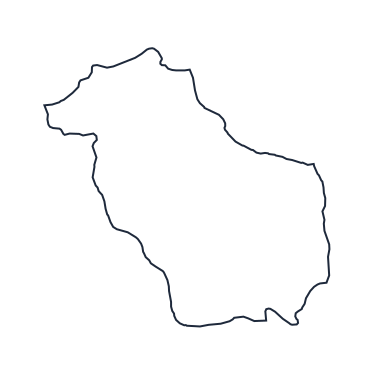 Quezaltepeque, Chiquimula, Guatemala, rotated 80°
{"feature_id": "79465075B70587573094312", "entity_name": "Quezaltepeque", "entity_type": "district", "adm_level": 2, "iso_a3": "GTM", "parent_name": "Guatemala", "parent_adm1": "Chiquimula", "projection": "albers", "projection_center": [-89.461, 14.613], "detail": "fine", "context": "isolated", "style": "outline", "palette": "slate", "viewbox_px": 384, "rotation_deg": 80, "n_neighbors": 0, "source": "geoboundaries", "source_scale": "gbopen_adm2", "svg_char_len": 2280}
<svg xmlns="http://www.w3.org/2000/svg" viewBox="0 0 384 384"><g transform="rotate(80 192 192)"><path d="M242.4,250.5L244.1,249.9L248.1,248.9L251.8,246.0L255.1,244.9L259.0,240.9L264.8,234.5L266.0,233.8L267.2,233.4L274.5,231.5L280.8,231.2L285.6,231.8L296.6,231.7L301.3,232.5L305.7,232.1L308.6,230.8L310.9,231.0L315.2,229.9L319.2,226.8L321.9,222.8L322.0,221.2L322.8,220.3L325.8,207.5L325.7,198.6L326.7,186.6L325.8,177.4L324.5,174.0L323.2,172.3L323.7,163.0L326.2,158.6L329.9,153.1L331.5,141.3L322.3,140.5L320.3,139.2L320.1,136.8L320.7,135.1L324.3,131.0L332.6,124.6L338.1,119.0L339.3,118.0L340.1,116.5L340.6,111.9L339.4,110.3L336.3,110.2L335.1,111.2L332.4,111.9L329.4,110.9L328.1,108.6L326.3,104.2L324.9,103.5L321.7,100.5L316.4,98.2L310.0,92.7L306.6,88.3L304.9,84.5L304.3,81.8L304.7,75.3L302.6,74.1L298.0,71.4L279.5,69.3L272.2,66.6L267.4,66.0L253.3,68.3L246.1,67.7L242.4,66.4L233.7,66.9L228.9,63.4L221.1,61.8L215.9,62.3L210.3,61.7L204.3,61.8L203.0,62.7L197.6,64.1L196.0,65.2L187.9,67.2L185.5,67.3L185.4,73.3L182.3,77.9L182.3,79.4L177.9,87.8L175.9,93.2L173.1,96.8L170.6,103.1L169.7,104.0L168.0,109.6L167.1,110.4L166.2,113.3L166.1,117.7L164.4,121.7L161.2,124.7L160.8,126.2L155.3,133.2L155.0,134.3L149.9,140.4L140.7,146.6L139.7,146.7L136.4,148.7L134.5,148.9L132.8,147.8L130.1,147.4L125.8,148.6L120.6,152.1L118.5,155.1L111.4,165.1L110.3,165.3L105.9,168.8L101.6,170.6L92.4,171.4L79.7,171.2L71.1,173.0L71.0,177.8L69.5,186.5L68.4,190.3L66.4,194.1L62.6,196.3L61.8,199.7L60.2,200.9L58.3,200.5L56.2,198.7L55.0,198.5L48.1,201.0L44.3,204.5L43.5,206.2L43.4,209.4L43.9,211.7L47.1,217.5L50.0,224.7L54.7,247.7L54.8,254.1L50.5,263.4L50.3,267.4L51.6,268.8L56.7,269.9L61.5,274.2L62.7,282.4L64.5,284.1L68.8,285.6L73.6,292.3L79.0,302.3L79.6,305.4L80.6,307.1L81.6,314.6L81.0,322.3L90.5,320.4L95.4,321.8L100.6,321.7L103.1,320.6L104.9,317.7L106.6,311.5L108.0,310.1L112.4,308.6L113.6,307.5L113.2,302.4L115.2,293.0L117.4,289.5L117.3,279.0L120.3,276.5L124.2,276.7L126.7,280.2L129.7,282.0L141.4,280.1L148.3,283.5L150.3,283.7L160.3,287.3L168.9,285.7L171.2,284.2L174.8,283.8L177.1,282.4L179.2,281.0L186.0,279.9L193.5,280.0L199.5,279.4L200.4,278.7L207.5,277.5L212.7,275.7L215.6,272.5L220.5,262.3L226.9,255.1L228.9,253.5L234.0,251.1L237.6,250.4L242.4,250.5Z" fill="none" stroke="#1e293b" stroke-width="2"/></g></svg>